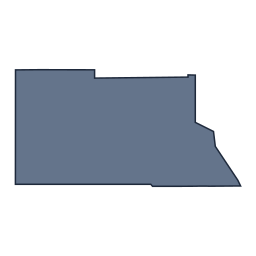 the district of Archuleta, Colorado, United States of America
{"feature_id": "52423323B32025627866130", "entity_name": "Archuleta", "entity_type": "district", "adm_level": 2, "iso_a3": "USA", "parent_name": "United States of America", "parent_adm1": "Colorado", "projection": "robinson", "projection_center": [-106.855, 37.208], "detail": "fine", "context": "isolated", "style": "filled", "palette": "slate", "viewbox_px": 256, "rotation_deg": 0, "n_neighbors": 0, "source": "geoboundaries", "source_scale": "gbopen_adm2", "svg_char_len": 405}
<svg xmlns="http://www.w3.org/2000/svg" viewBox="0 0 256 256"><path d="M15.5,69.9L15.4,184.3L29.0,184.3L126.5,184.3L150.8,184.3L152.5,186.3L179.2,186.3L196.0,186.2L199.2,186.1L206.5,186.1L209.1,186.2L235.2,186.0L240.6,186.0L237.8,180.2L215.3,146.4L213.5,131.5L195.3,122.4L195.3,75.1L188.0,74.9L188.0,77.1L94.6,78.1L94.6,69.8L39.4,69.7L15.5,69.9Z" fill="#64748b" stroke="#1e293b" stroke-width="1.5"/></svg>